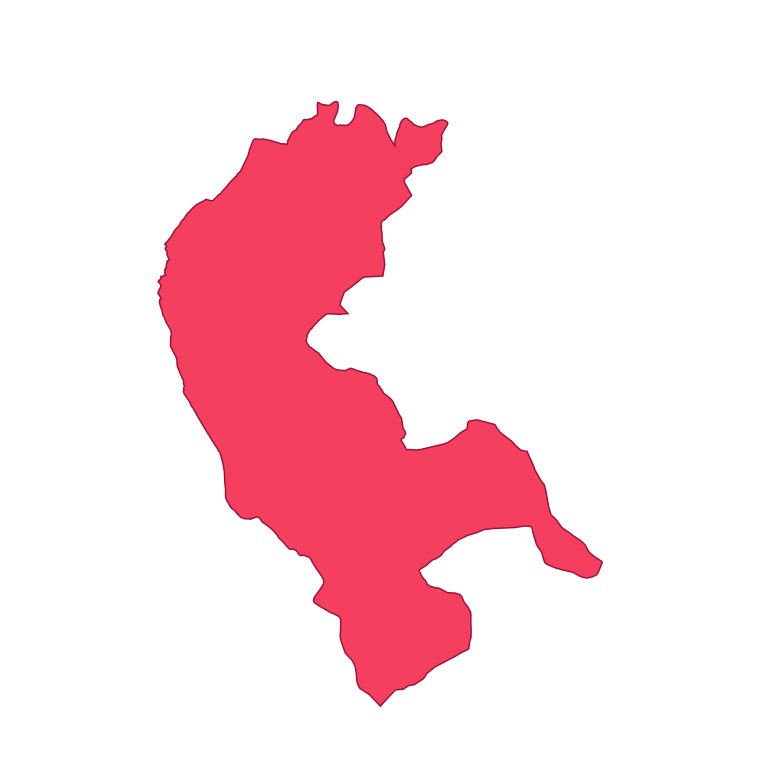 Bahi, Dodoma, United Republic of Tanzania (orthographic projection), rotated 327°
{"feature_id": "72390352B69303654086019", "entity_name": "Bahi", "entity_type": "district", "adm_level": 2, "iso_a3": "TZA", "parent_name": "United Republic of Tanzania", "parent_adm1": "Dodoma", "projection": "orthographic", "projection_center": [35.527, -6.167], "detail": "fine", "context": "isolated", "style": "filled", "palette": "rose", "viewbox_px": 768, "rotation_deg": 327, "n_neighbors": 0, "source": "geoboundaries", "source_scale": "gbopen_adm2", "svg_char_len": 6171}
<svg xmlns="http://www.w3.org/2000/svg" viewBox="0 0 768 768"><g transform="rotate(327 384 384)"><path d="M456.4,120.4L452.2,121.2L448.9,122.9L445.2,122.7L442.9,123.5L435.8,127.6L434.4,129.2L433.1,130.2L431.6,128.7L428.5,126.4L426.0,123.2L424.9,122.2L421.4,117.9L416.3,112.9L412.4,110.8L409.7,108.2L407.4,108.2L399.2,114.0L394.6,118.2L379.6,127.4L375.6,128.2L374.2,128.9L364.6,131.0L359.7,132.7L353.3,134.3L351.4,135.2L348.2,135.3L340.4,137.1L339.6,136.5L338.8,136.4L335.3,132.1L333.4,132.4L325.7,131.5L323.8,131.5L320.6,132.0L310.8,134.3L307.1,136.1L302.6,137.3L298.1,139.7L294.5,140.5L291.4,141.5L289.2,142.8L285.0,144.8L282.4,145.5L279.3,146.8L277.6,146.8L276.2,147.5L276.5,148.1L276.5,150.2L276.2,150.6L274.9,150.9L274.1,151.6L273.9,153.2L274.5,154.2L274.4,154.8L273.2,155.9L272.6,157.2L272.0,159.2L272.0,161.4L271.8,162.1L271.2,162.6L271.3,163.1L270.5,163.2L270.2,162.8L269.6,163.1L269.0,162.8L267.7,164.5L266.8,164.9L265.6,166.6L265.5,167.1L264.4,167.7L264.5,168.2L264.2,168.5L263.5,168.2L262.1,169.1L261.7,170.2L260.4,171.5L260.4,172.7L260.7,173.1L260.2,173.7L259.7,173.8L258.9,173.3L257.8,173.2L257.1,172.9L255.8,173.2L255.5,172.4L253.9,174.3L252.7,174.3L252.1,174.8L251.3,174.6L250.5,175.1L250.7,175.6L250.2,176.1L250.7,176.7L250.8,178.6L250.3,180.4L247.6,182.2L247.2,182.1L243.8,184.8L243.7,185.2L244.2,186.1L243.8,187.6L243.9,190.8L242.1,191.0L239.9,193.6L238.2,199.4L238.0,201.2L236.2,205.3L236.0,208.3L234.9,213.5L234.5,222.4L234.2,223.7L232.4,227.0L230.6,228.4L228.3,232.3L226.6,234.3L225.5,236.1L224.3,248.2L223.1,251.8L221.0,255.0L220.0,257.9L218.1,268.4L217.6,272.6L215.9,274.5L215.6,276.6L215.1,277.4L213.7,278.4L212.8,280.2L212.2,280.4L211.7,281.0L211.1,283.0L211.2,292.1L211.1,294.1L210.4,297.3L210.8,300.9L210.5,302.7L209.8,315.2L209.1,336.4L209.1,348.0L208.9,352.3L208.2,355.2L205.7,362.8L202.3,370.7L196.7,380.2L193.5,386.4L189.9,391.9L189.2,393.6L188.8,395.7L188.3,403.3L188.5,405.4L190.0,409.2L190.1,412.0L191.3,417.8L193.5,420.9L197.6,423.8L198.3,424.7L203.2,425.7L204.7,426.2L205.5,426.6L206.3,427.7L206.6,429.1L206.9,433.8L209.3,439.7L210.8,444.4L211.4,447.2L212.1,452.8L212.1,456.3L213.4,461.8L214.6,470.6L215.6,471.7L217.9,473.2L219.7,475.9L219.9,480.8L220.3,482.1L220.6,482.5L222.9,483.5L223.7,484.3L225.8,487.2L226.7,487.8L227.3,489.6L226.8,494.8L226.7,502.4L227.0,509.1L226.9,514.1L226.0,516.8L224.8,518.3L222.4,519.7L216.9,522.1L210.4,524.5L208.2,525.9L206.9,527.2L206.5,528.3L206.8,530.0L209.3,535.9L214.8,546.8L216.5,548.8L219.6,554.5L219.7,556.8L217.9,560.4L215.8,563.5L212.3,568.5L210.6,570.4L208.8,574.0L208.2,575.6L205.2,587.7L205.1,589.5L206.6,596.9L206.7,599.8L206.1,604.8L203.6,610.6L199.1,619.3L198.2,622.8L198.0,625.3L198.2,626.7L202.6,636.5L205.5,652.2L214.8,649.7L227.0,646.8L233.2,650.0L233.4,650.4L240.4,650.4L245.8,652.7L256.5,652.6L259.8,651.5L261.3,650.2L272.4,649.0L296.1,651.2L301.3,651.3L310.7,652.3L316.5,645.8L318.8,644.1L323.4,637.3L328.0,629.6L331.0,625.2L332.4,622.4L332.9,616.7L332.4,610.5L333.3,605.1L333.3,602.8L332.6,601.4L329.9,598.2L323.6,593.5L319.0,585.3L315.4,582.1L313.0,579.3L311.8,577.1L311.1,575.1L311.5,574.0L311.6,571.1L311.1,568.4L311.1,565.4L311.7,559.7L312.2,559.2L314.1,559.0L319.7,559.2L326.4,558.2L328.8,558.0L332.9,558.9L338.2,558.9L343.7,556.9L351.9,556.4L354.5,555.7L358.1,555.7L361.2,555.2L371.6,556.5L381.1,559.2L389.5,560.8L391.5,562.1L395.9,564.1L415.3,575.5L423.7,579.3L427.1,581.4L429.8,584.0L429.5,586.0L427.3,591.9L424.6,601.3L424.3,604.4L424.6,610.5L422.1,619.2L421.7,621.9L422.9,624.8L428.2,632.4L429.9,634.0L431.3,635.9L440.0,645.0L443.7,652.1L445.9,654.8L448.6,657.3L453.5,659.2L458.6,659.8L460.8,658.9L469.7,652.6L470.0,651.3L466.8,644.3L464.9,638.7L464.4,635.2L465.1,628.3L463.4,621.9L459.8,613.7L459.1,611.2L454.9,601.1L454.5,591.3L452.8,584.8L455.4,576.2L461.8,561.2L463.5,555.6L463.0,550.7L463.7,538.4L464.6,535.3L467.3,518.2L466.3,517.6L463.8,515.3L462.5,513.2L460.7,507.0L460.2,502.4L455.1,488.1L454.7,482.2L455.0,478.5L442.9,465.1L440.8,463.9L434.8,461.4L432.4,462.8L429.5,466.8L421.7,466.5L413.8,467.7L406.3,467.9L402.1,467.1L379.3,459.0L375.1,456.9L370.2,453.2L367.3,451.6L367.1,451.0L367.4,449.0L367.7,440.1L369.0,439.7L370.7,439.8L371.6,439.6L375.2,437.3L375.6,436.1L376.1,431.0L380.0,422.3L380.1,417.4L381.8,404.3L381.8,401.7L381.0,398.1L378.6,391.5L378.9,389.1L378.8,382.7L378.3,380.9L378.9,379.4L380.6,376.5L380.8,374.8L380.4,372.4L377.3,367.5L374.8,364.6L373.1,363.2L370.0,359.4L368.8,358.5L367.4,356.0L365.1,353.2L364.1,352.4L363.3,352.2L360.6,352.0L358.4,351.4L354.1,348.1L351.8,345.9L350.7,344.2L349.9,342.5L347.2,334.4L345.9,322.2L343.6,317.1L343.1,314.8L341.8,312.3L341.6,310.3L342.0,305.8L344.3,303.2L345.3,302.5L345.8,301.4L351.4,298.3L354.1,298.0L357.6,296.6L366.0,294.8L373.1,294.1L374.8,294.3L385.9,302.1L386.9,302.4L392.1,305.4L390.1,293.9L390.7,293.1L395.0,289.5L400.9,285.2L409.2,284.8L425.1,283.2L441.9,292.8L449.7,284.2L455.3,272.8L457.4,271.9L458.5,270.5L460.0,264.1L461.7,260.7L464.4,256.6L466.7,251.4L467.9,250.2L468.7,247.8L470.5,246.8L472.6,246.2L473.7,246.7L480.6,245.3L491.7,245.0L496.5,244.4L509.9,240.8L510.9,226.4L512.2,223.4L521.9,222.1L523.2,220.2L523.2,218.3L528.9,218.6L535.3,220.8L539.3,223.1L545.5,224.6L549.2,223.6L551.8,222.2L559.2,220.5L562.5,213.6L565.9,210.1L567.9,206.5L569.4,205.8L571.3,204.4L577.7,201.5L579.6,199.9L579.7,198.1L578.0,195.4L576.5,194.1L572.3,192.4L568.8,192.1L567.5,192.3L563.0,190.8L556.3,189.6L554.2,188.1L552.2,185.7L550.7,183.2L547.8,173.6L546.6,172.7L544.9,172.5L543.0,172.7L541.1,173.4L538.8,175.0L537.6,176.4L532.0,180.2L525.8,185.9L522.9,189.9L522.8,183.6L523.7,174.5L526.3,167.4L526.5,162.9L525.0,153.6L524.0,150.6L523.0,146.5L521.2,142.2L518.8,139.0L514.5,135.8L512.7,136.2L511.5,136.7L510.2,137.8L504.5,144.1L502.3,145.4L499.5,146.4L496.3,147.1L494.7,147.1L492.0,145.8L488.3,143.0L485.3,141.6L484.6,139.9L484.3,138.0L485.4,135.6L491.9,131.2L494.6,128.9L497.0,126.2L498.7,122.5L497.7,121.2L496.7,120.6L494.9,120.4L490.5,120.7L489.0,120.1L484.7,116.2L483.1,114.1L482.6,112.7L481.7,111.8L480.8,112.6L479.9,114.0L475.5,121.2L474.2,122.0L470.4,121.8L468.5,122.2L467.4,122.0L466.6,121.3L463.3,120.5L461.6,119.0L460.4,118.7L456.4,120.4Z" fill="#f43f5e" stroke="#9f1239" stroke-width="1.5"/></g></svg>